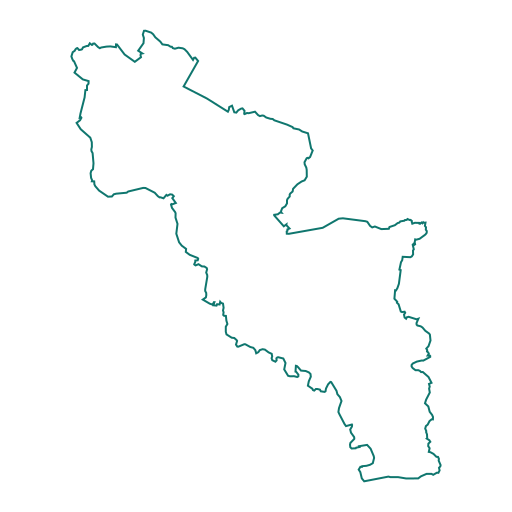 outline of El Grullo, Jalisco, Mexico
{"feature_id": "50627088B46510877270516", "entity_name": "El Grullo", "entity_type": "district", "adm_level": 2, "iso_a3": "MEX", "parent_name": "Mexico", "parent_adm1": "Jalisco", "projection": "orthographic", "projection_center": [-104.189, 19.796], "detail": "fine", "context": "isolated", "style": "outline", "palette": "teal", "viewbox_px": 512, "rotation_deg": 0, "n_neighbors": 0, "source": "geoboundaries", "source_scale": "gbopen_adm2", "svg_char_len": 6003}
<svg xmlns="http://www.w3.org/2000/svg" viewBox="0 0 512 512"><path d="M364.2,481.3L388.4,476.6L390.3,477.1L397.9,477.1L406.3,478.5L418.2,478.4L421.0,476.3L426.5,473.9L431.6,473.9L433.2,474.8L436.9,472.7L438.4,472.8L439.6,470.4L439.0,467.8L440.3,466.4L440.6,465.1L438.7,460.7L438.9,458.8L438.0,456.9L436.4,456.8L433.5,453.9L430.4,452.2L428.8,451.9L429.6,448.2L428.2,446.1L428.4,443.6L430.3,441.8L429.3,440.2L426.8,438.6L427.2,438.3L427.0,434.4L426.1,432.0L426.3,431.1L425.2,428.6L425.9,426.1L427.7,424.6L429.5,421.1L431.7,419.3L432.9,419.4L433.0,417.0L432.1,414.9L429.7,411.8L428.3,406.4L425.0,403.3L426.1,399.7L429.8,392.5L429.1,388.7L429.7,386.6L429.0,383.9L431.5,382.8L428.5,377.0L422.8,372.0L421.1,372.1L419.9,370.9L418.3,370.2L415.5,370.2L412.7,368.1L411.6,366.5L411.6,365.0L412.8,363.5L416.8,361.6L421.7,360.5L423.3,360.6L430.2,356.9L430.2,356.0L429.7,355.5L427.7,355.5L428.8,353.7L428.2,352.4L427.0,351.5L427.2,350.1L426.3,348.6L428.5,346.2L430.5,340.5L429.9,334.7L429.2,333.6L425.3,330.8L422.5,327.5L420.7,326.3L417.4,325.5L416.6,324.6L416.5,323.1L418.4,318.7L416.6,319.3L408.6,316.8L406.8,317.3L406.1,318.7L404.6,317.5L404.0,314.6L405.2,312.8L404.6,311.7L402.0,312.1L400.8,311.5L398.6,304.3L396.9,302.7L397.2,301.7L394.4,298.7L395.1,290.3L396.0,290.5L397.4,288.1L398.9,283.8L400.7,270.1L399.4,269.6L401.0,262.2L402.2,260.2L402.7,256.8L410.4,257.2L411.8,256.4L413.1,254.4L413.0,250.5L413.8,249.3L412.7,244.7L413.7,243.7L414.2,244.9L415.1,244.3L414.7,242.3L415.2,239.4L416.1,239.7L419.6,238.8L425.3,234.6L426.5,233.2L426.8,232.0L426.7,230.9L425.8,229.7L426.0,227.3L424.9,225.9L425.5,222.6L423.6,222.7L423.2,222.3L422.5,223.3L421.6,222.5L420.0,223.8L419.2,223.5L419.2,222.9L414.8,222.8L412.3,223.7L411.7,221.7L411.9,221.1L410.6,219.9L409.6,220.0L407.5,219.0L406.7,219.9L404.8,220.1L404.4,220.7L400.3,221.4L399.3,222.6L397.6,223.1L394.9,225.2L389.5,227.0L388.8,228.8L381.3,229.1L374.9,226.5L372.2,227.4L370.1,225.9L367.3,221.8L365.4,221.2L342.9,218.3L338.7,218.7L322.7,227.8L288.9,233.8L286.8,233.7L286.7,231.4L287.5,230.7L287.4,229.4L289.5,228.5L286.3,225.1L286.4,224.4L283.8,226.3L274.2,215.4L274.2,214.8L277.8,214.3L280.1,212.5L281.5,212.7L281.1,212.2L281.1,211.0L282.2,208.2L285.3,206.3L287.0,203.4L287.0,200.2L287.6,198.8L289.7,196.5L289.7,194.5L290.3,193.5L292.6,191.5L293.1,188.8L297.4,184.3L301.6,181.5L304.6,180.3L306.8,176.7L306.7,169.9L306.3,167.6L304.7,164.3L304.5,162.2L306.7,158.2L307.9,157.8L308.5,158.3L310.1,157.0L312.7,150.5L311.1,148.4L308.0,133.3L302.2,131.5L299.1,129.5L293.4,128.3L292.6,127.1L287.0,124.6L274.3,120.3L272.7,119.0L270.4,118.8L266.2,117.5L263.7,115.7L262.2,115.5L259.9,116.1L258.1,115.1L255.0,111.7L248.7,113.2L247.0,113.0L244.6,114.1L244.2,113.8L244.5,110.8L242.5,108.4L241.2,108.6L238.2,110.3L236.3,112.6L234.3,112.3L232.0,105.7L229.2,107.1L228.8,109.8L227.9,111.7L206.9,98.5L183.6,86.5L198.1,61.0L195.3,57.6L194.1,57.8L193.0,59.9L187.2,51.9L184.5,49.2L182.7,48.3L178.5,47.7L174.9,48.7L172.8,48.1L171.9,46.8L170.5,46.7L168.2,45.2L162.4,44.4L160.3,41.6L155.3,37.3L153.2,34.3L151.2,32.6L145.5,30.7L144.0,30.8L142.8,34.6L143.9,38.0L143.5,43.2L138.2,50.7L142.3,53.4L140.8,53.7L140.5,55.2L141.0,57.2L134.8,61.8L124.6,54.5L117.0,44.5L116.0,44.4L115.9,47.2L110.3,46.4L106.5,46.6L101.2,47.5L99.8,48.2L98.1,47.1L94.5,43.5L93.1,43.6L92.4,44.8L91.8,44.9L89.8,43.3L88.3,45.9L86.7,46.0L83.0,47.4L82.0,49.3L81.0,49.7L79.1,50.0L77.4,48.1L76.6,48.3L75.5,49.3L74.7,50.8L72.7,52.2L71.4,56.4L72.3,59.0L73.3,60.9L74.0,61.2L77.0,67.9L74.5,72.6L82.8,79.4L88.6,81.1L88.5,83.7L87.0,85.5L87.0,90.0L85.4,90.1L84.6,97.4L80.5,113.4L79.7,117.7L81.0,117.2L81.4,117.8L80.0,120.3L76.6,122.9L80.7,129.2L90.3,137.7L91.8,142.2L91.9,146.9L91.3,149.4L91.5,151.1L92.6,153.1L93.5,163.3L93.0,169.2L91.3,170.7L90.6,173.2L91.1,177.9L92.2,180.4L91.9,181.3L94.2,181.4L94.4,184.4L95.3,186.2L99.1,190.6L108.0,196.7L111.9,196.5L113.8,194.3L116.1,193.7L126.7,192.7L128.2,191.5L143.2,187.9L145.5,188.0L154.7,192.7L157.9,196.2L159.6,197.4L160.5,197.3L163.5,198.3L166.4,194.9L167.5,195.7L170.1,194.3L172.2,194.6L173.8,196.2L172.3,198.1L175.8,203.0L172.3,204.3L171.4,204.0L171.0,204.6L172.0,207.9L175.2,212.2L175.6,213.3L175.5,217.6L177.5,223.9L176.3,233.7L179.1,242.3L181.8,245.7L186.1,248.9L185.8,251.9L189.7,254.8L197.7,258.0L198.2,258.8L197.7,260.3L195.3,260.5L195.2,262.1L194.2,264.3L194.5,264.7L195.6,265.4L198.5,264.2L201.9,266.4L204.4,266.5L206.7,268.0L207.1,269.2L206.2,272.6L207.2,275.0L207.3,276.8L205.2,289.3L205.2,291.0L206.2,292.9L206.3,295.1L205.9,297.4L202.8,299.6L209.8,303.7L212.2,304.5L213.2,303.6L213.9,302.2L214.4,302.2L213.4,305.3L216.5,305.6L217.1,304.2L219.6,304.5L220.2,301.8L221.1,302.9L223.0,303.6L223.6,307.8L223.0,310.5L223.6,312.3L223.2,314.9L224.1,315.8L225.9,315.9L226.4,320.7L227.4,324.0L225.8,326.7L225.8,331.8L226.5,334.4L231.7,337.7L234.3,338.0L236.6,340.1L237.1,340.9L236.0,344.6L237.3,346.6L238.3,346.7L244.3,344.2L245.4,344.3L250.3,347.0L253.3,347.8L255.3,350.1L256.2,353.3L258.3,352.2L259.8,350.1L262.6,349.2L264.9,349.6L268.6,352.4L271.7,353.8L272.2,356.4L271.6,358.2L272.3,360.2L275.4,361.7L276.6,360.4L276.4,358.3L277.2,357.5L278.1,357.2L283.3,358.5L285.5,363.0L284.2,369.4L288.1,375.8L290.1,376.3L294.1,376.2L297.2,377.0L298.3,376.4L298.4,374.7L296.2,371.8L295.5,371.6L295.9,365.8L296.8,366.0L298.1,367.2L301.0,370.6L305.7,371.0L308.9,372.4L310.5,374.0L310.8,376.7L308.8,381.3L307.9,385.7L312.3,388.7L313.0,390.1L314.2,390.6L315.9,389.0L317.3,389.0L319.9,389.6L320.8,391.3L324.6,391.9L325.5,391.3L326.0,388.5L328.1,384.3L330.4,381.9L331.2,382.1L336.5,390.8L337.4,394.2L339.9,397.1L341.5,401.0L339.0,408.1L338.4,412.0L339.4,414.2L344.5,424.0L346.0,426.1L351.9,424.5L352.1,424.9L351.9,426.6L350.2,429.5L351.0,432.7L354.1,437.0L354.3,438.2L354.2,439.0L350.4,442.9L350.0,444.7L350.3,447.2L351.6,448.5L355.7,448.3L356.1,447.7L359.5,447.0L359.1,446.2L367.1,444.9L370.6,448.7L373.7,456.0L374.1,457.9L372.8,463.2L370.0,464.8L366.5,465.8L362.1,466.2L361.9,466.9L360.4,466.8L358.7,469.6L360.3,472.1L361.8,478.4L364.2,481.3Z" fill="none" stroke="#0f766e" stroke-width="2"/></svg>